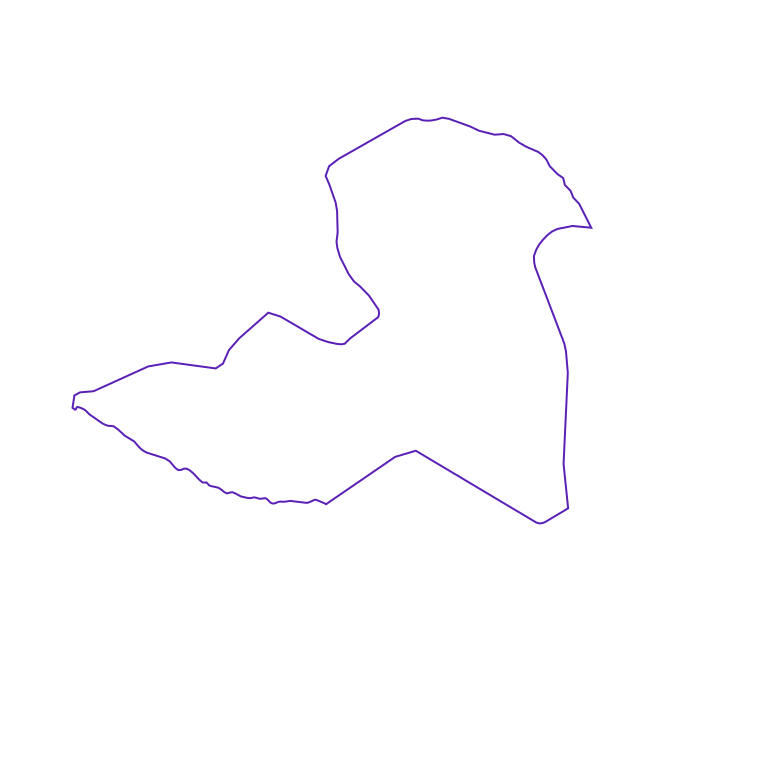 an SVG outline of Lakes, rotated 144°
{"feature_id": "SDS-863", "entity_name": "Lakes", "entity_type": "State", "adm_level": 1, "iso_a3": "SSD", "parent_name": "South Sudan", "parent_adm1": "", "projection": "robinson", "projection_center": [30.344, 6.76], "detail": "fine", "context": "isolated", "style": "outline", "palette": "violet", "viewbox_px": 768, "rotation_deg": 144, "n_neighbors": 0, "source": "natural_earth", "source_scale": "10m", "svg_char_len": 2002}
<svg xmlns="http://www.w3.org/2000/svg" viewBox="0 0 768 768"><g transform="rotate(144 384 384)"><path d="M308.1,175.2L334.6,177.6L337.5,178.3L340.3,179.9L342.3,182.6L397.5,311.3L417.8,318.5L501.6,320.8L502.2,322.4L506.9,330.0L508.0,331.0L509.5,331.4L511.0,331.6L515.4,332.7L516.7,333.5L528.5,344.5L534.2,347.5L536.7,349.6L538.4,350.6L542.7,351.7L544.5,352.9L545.6,354.9L546.2,359.3L546.9,361.1L547.9,361.9L550.9,363.4L552.2,364.4L554.6,367.5L555.8,368.7L559.3,370.2L561.9,372.6L565.9,377.2L568.6,382.9L570.3,385.6L572.4,386.7L575.4,387.8L576.8,390.5L577.6,394.0L579.0,397.5L584.3,403.5L585.1,405.0L585.2,407.0L585.5,408.7L586.7,409.4L588.7,411.1L589.7,415.2L590.9,424.3L591.9,428.3L593.3,431.3L595.5,433.1L598.6,433.7L601.1,435.3L602.2,439.0L602.8,447.3L604.8,452.4L615.9,467.4L617.3,469.9L618.5,473.1L619.2,476.7L619.9,484.5L624.1,494.5L625.9,503.6L627.5,508.5L629.5,510.6L631.3,511.8L633.3,514.5L635.0,517.7L640.3,533.0L640.8,536.9L641.3,539.1L642.6,541.6L644.1,544.0L645.7,545.7L646.7,545.6L647.8,544.8L649.0,544.8L650.0,547.8L641.2,556.7L634.8,555.9L623.3,548.9L564.4,536.8L543.3,526.4L511.0,495.5L502.2,495.2L489.5,502.6L474.0,506.1L435.7,509.7L428.1,499.4L410.4,459.0L404.5,450.7L398.5,444.1L395.2,441.2L392.2,439.7L384.5,440.8L349.4,441.5L346.8,443.5L344.7,447.3L344.2,464.3L346.0,476.8L348.0,484.5L348.0,493.4L344.9,512.6L341.7,521.7L338.8,527.0L332.3,534.0L320.1,551.8L316.5,559.2L311.0,577.4L308.9,586.7L300.3,592.5L288.2,592.8L212.3,584.3L206.2,582.4L200.3,578.5L197.6,574.5L194.5,571.8L190.9,569.4L186.1,567.1L180.2,565.1L175.6,560.4L162.9,541.6L158.3,533.1L148.0,520.7L140.3,515.9L135.6,509.9L132.8,499.8L129.5,492.4L122.7,480.8L121.3,476.0L120.7,470.1L121.9,463.0L120.2,451.6L118.0,445.4L120.7,438.6L119.5,430.7L121.3,423.6L120.2,415.0L124.5,388.6L138.7,401.1L152.6,407.5L158.5,408.6L164.3,408.4L170.5,407.3L176.4,405.7L182.2,403.0L187.5,399.4L191.0,394.1L193.0,389.7L214.3,310.9L217.5,303.6L228.8,284.9L285.7,213.8L308.1,175.2Z" fill="none" stroke="#5b21b6" stroke-width="2"/></g></svg>